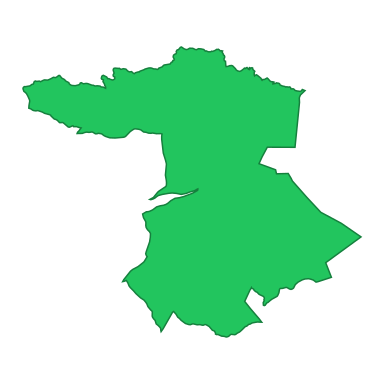 Maragwa, Central, Kenya
{"feature_id": "3690345B66962140424276", "entity_name": "Maragwa", "entity_type": "district", "adm_level": 2, "iso_a3": "KEN", "parent_name": "Kenya", "parent_adm1": "Central", "projection": "albers", "projection_center": [37.15, -0.878], "detail": "fine", "context": "isolated", "style": "filled", "palette": "green", "viewbox_px": 384, "rotation_deg": 0, "n_neighbors": 0, "source": "geoboundaries", "source_scale": "gbopen_adm2", "svg_char_len": 5814}
<svg xmlns="http://www.w3.org/2000/svg" viewBox="0 0 384 384"><path d="M361.0,236.9L341.3,223.3L320.8,212.3L306.8,197.3L292.4,181.0L291.1,178.3L288.2,173.5L276.5,173.8L275.6,169.8L259.0,163.7L262.1,156.9L267.3,147.2L295.0,147.3L299.5,102.4L299.3,98.4L299.5,97.1L300.5,94.9L305.0,90.6L302.3,89.5L301.5,90.7L300.3,91.4L296.7,90.9L295.0,90.4L294.1,89.3L293.2,88.8L291.0,88.9L290.6,87.7L289.8,86.9L288.7,87.1L286.7,86.8L285.7,87.0L284.9,86.5L282.4,86.0L280.0,84.9L279.6,83.8L278.7,83.2L277.7,83.2L276.7,82.8L275.6,83.4L272.9,83.9L273.0,82.8L273.9,82.1L273.0,81.8L271.0,81.6L270.2,81.2L268.1,78.8L267.1,78.0L264.8,79.3L263.9,79.6L262.9,79.4L262.1,80.3L261.5,79.5L261.0,78.3L257.6,75.5L256.5,74.8L255.4,75.2L254.6,75.9L254.2,74.8L254.2,72.5L254.8,71.3L252.8,69.4L252.7,68.1L252.0,67.7L250.7,68.1L249.5,67.6L249.0,68.3L250.0,68.8L249.5,69.6L248.5,69.3L247.0,67.5L246.2,67.8L245.6,68.5L244.4,68.1L243.7,68.9L241.7,70.4L240.6,71.1L239.5,71.4L237.5,70.8L236.2,69.9L235.5,68.7L232.7,65.9L231.7,65.5L229.4,65.7L228.3,66.3L226.1,66.6L225.8,65.6L225.5,61.2L224.4,60.8L224.1,59.8L224.0,58.6L224.6,57.8L224.7,56.5L224.3,55.5L223.5,55.0L223.2,53.9L222.1,52.1L222.6,51.0L221.3,50.7L220.2,50.9L219.3,49.9L218.2,49.2L217.3,49.5L216.5,49.4L215.4,50.3L212.7,51.4L211.6,51.2L210.7,51.8L208.3,51.8L206.2,50.9L205.3,51.1L203.8,49.5L201.1,48.9L198.4,48.7L196.6,49.7L194.8,49.4L193.8,48.7L192.6,48.3L189.6,48.2L187.8,49.3L186.2,49.6L184.1,48.8L181.5,47.0L180.4,47.3L178.4,49.7L177.2,49.9L176.2,51.4L176.5,52.6L176.1,53.7L174.8,54.2L173.6,55.1L173.2,56.3L173.2,57.2L174.3,59.2L173.9,60.2L172.9,60.5L172.5,61.8L171.3,62.3L170.1,64.0L164.2,65.0L163.5,65.4L162.1,66.9L158.7,68.2L158.1,69.1L157.2,69.5L156.0,69.0L153.6,68.9L151.7,68.1L150.2,67.9L148.7,68.0L144.9,69.1L144.0,69.7L139.9,71.2L139.3,71.9L138.3,71.9L135.5,72.7L134.2,73.7L132.9,72.9L131.6,71.6L129.4,71.9L128.6,71.5L127.6,70.9L125.9,69.1L123.3,68.7L120.9,69.4L119.4,68.3L118.5,68.4L115.1,68.1L114.0,68.3L113.3,69.2L113.2,70.3L114.1,73.1L113.2,74.7L113.2,75.8L113.5,76.5L114.7,76.9L114.8,77.9L114.7,78.9L113.7,79.6L112.6,80.0L110.2,79.3L108.9,78.6L107.7,78.7L106.7,77.0L103.3,75.3L102.2,75.8L101.7,76.6L101.3,78.3L101.6,79.1L103.4,79.8L103.0,81.7L104.3,83.7L104.8,85.5L105.7,87.2L105.6,88.3L103.2,87.1L101.2,87.0L100.1,86.1L97.4,85.8L95.0,86.0L93.2,85.2L92.0,85.2L87.7,83.6L86.1,83.4L83.4,83.8L81.3,82.7L80.3,83.0L79.8,84.1L78.9,84.8L75.2,85.7L71.6,85.4L70.0,84.5L69.2,83.7L68.8,82.6L66.4,81.4L65.3,80.6L64.6,79.6L61.8,78.1L59.7,75.5L58.7,75.5L56.6,77.1L55.6,77.6L53.4,77.3L50.9,78.7L48.5,79.8L47.5,80.1L44.6,79.9L43.5,80.2L40.5,81.7L39.4,81.1L36.6,81.4L35.4,81.0L34.3,81.5L33.3,84.1L31.9,84.4L29.9,85.9L25.2,86.7L24.3,86.6L23.4,87.4L23.0,88.2L23.1,89.1L23.9,91.4L24.9,92.1L26.4,93.5L27.8,96.0L29.6,100.1L29.7,101.3L29.0,105.4L28.8,108.2L30.8,108.9L32.7,110.2L33.8,110.6L36.0,110.9L37.1,110.6L38.3,110.7L42.4,112.1L44.5,113.3L49.6,114.7L50.7,115.2L51.1,116.1L54.2,119.0L56.2,119.6L57.5,120.5L59.5,122.6L60.6,122.7L62.4,122.5L63.3,122.8L68.2,127.0L69.5,127.2L72.9,125.7L73.7,126.7L76.4,126.6L79.0,127.5L81.1,127.9L79.1,130.7L77.6,132.2L77.1,133.5L82.3,133.4L84.7,132.5L86.7,132.1L89.0,132.4L91.7,132.0L92.6,132.1L95.4,133.8L96.9,133.8L98.2,133.3L101.6,133.8L103.8,135.5L105.5,136.4L109.7,137.8L115.1,138.0L123.2,137.3L124.5,137.0L125.6,136.4L130.2,131.6L132.6,129.9L133.8,129.2L134.9,128.8L138.4,129.2L140.7,129.8L143.6,132.0L146.1,132.3L148.4,133.1L151.0,133.3L152.4,133.0L156.5,133.7L160.6,133.6L162.0,134.0L161.7,136.3L161.7,139.2L163.3,153.1L165.4,159.8L166.3,163.3L166.4,164.6L165.4,175.1L166.3,180.3L166.5,182.7L166.4,185.0L166.2,185.8L165.7,186.6L158.8,191.2L157.7,192.2L153.4,197.5L149.8,199.4L150.8,199.7L153.3,198.9L155.0,198.0L156.7,196.6L158.4,195.5L162.4,194.4L168.7,193.3L172.1,193.0L176.5,193.4L181.3,194.4L186.6,193.3L189.2,192.2L194.7,190.6L196.9,189.3L197.8,188.9L197.8,190.0L197.1,190.7L192.2,193.4L183.9,196.5L180.8,197.3L179.5,197.7L175.0,198.3L170.8,200.7L168.2,203.0L166.2,204.3L163.8,205.2L160.2,205.8L156.6,206.9L152.6,209.9L149.8,211.2L148.5,211.6L146.3,211.8L142.6,214.0L143.5,217.7L145.7,221.6L145.9,222.9L145.8,225.5L146.2,227.6L147.5,229.7L149.5,231.7L150.5,233.6L150.3,237.4L149.6,241.9L146.2,251.8L145.7,253.8L146.5,255.9L147.2,256.6L144.1,261.7L143.0,262.7L137.9,266.7L132.6,269.5L130.5,271.2L123.8,279.6L122.7,281.6L124.1,281.3L126.4,280.5L127.9,283.0L129.1,286.0L130.3,287.6L133.6,290.9L135.9,293.6L140.6,297.9L144.0,300.1L145.9,302.4L146.9,304.0L147.8,306.3L148.3,307.1L150.8,310.1L151.7,310.8L152.3,311.8L152.2,316.0L152.4,316.9L153.5,318.7L155.1,320.4L156.2,323.9L158.2,325.5L160.3,327.7L160.7,328.9L160.8,330.4L161.1,331.6L163.1,328.8L172.5,312.3L173.6,311.5L176.1,314.3L177.7,317.1L179.5,318.5L181.1,320.3L185.4,323.5L188.9,324.6L190.4,324.7L192.5,323.9L193.5,323.9L197.1,324.8L199.9,324.6L202.3,325.2L203.4,325.2L205.0,324.5L206.1,324.7L209.2,326.5L212.3,330.2L214.5,331.1L215.5,333.1L215.5,334.1L216.6,334.6L218.0,334.5L221.5,336.1L224.4,336.4L226.2,337.0L227.4,336.8L228.7,336.3L230.4,334.7L231.1,334.3L234.7,334.7L235.7,334.4L237.2,333.2L239.4,332.1L240.3,331.4L242.8,329.1L243.6,328.1L244.4,327.6L245.2,326.6L246.8,326.1L248.7,324.4L249.9,324.2L252.3,322.9L257.3,322.0L261.7,322.2L259.4,319.1L250.4,308.6L244.7,301.4L250.0,290.0L251.5,287.6L251.8,288.5L252.9,288.7L253.8,289.4L254.0,290.2L255.6,291.6L257.2,292.3L258.7,294.0L259.6,294.6L263.2,296.3L264.2,297.4L264.3,298.8L263.9,299.8L264.2,300.7L263.2,302.6L263.4,305.2L264.2,305.6L265.2,305.2L266.7,303.0L268.0,302.4L270.2,300.5L271.9,299.2L277.0,296.4L277.6,295.7L278.9,292.8L279.5,289.3L280.2,288.5L282.5,288.4L286.1,287.4L287.1,287.6L289.5,289.0L291.0,289.4L292.5,288.9L293.6,288.0L295.3,284.6L298.1,282.1L302.2,279.9L304.9,279.0L308.5,278.7L310.5,279.1L313.4,280.1L316.0,282.1L317.9,281.7L331.4,277.3L325.7,262.7L361.0,236.9Z" fill="#22c55e" stroke="#15803d" stroke-width="1.5"/></svg>